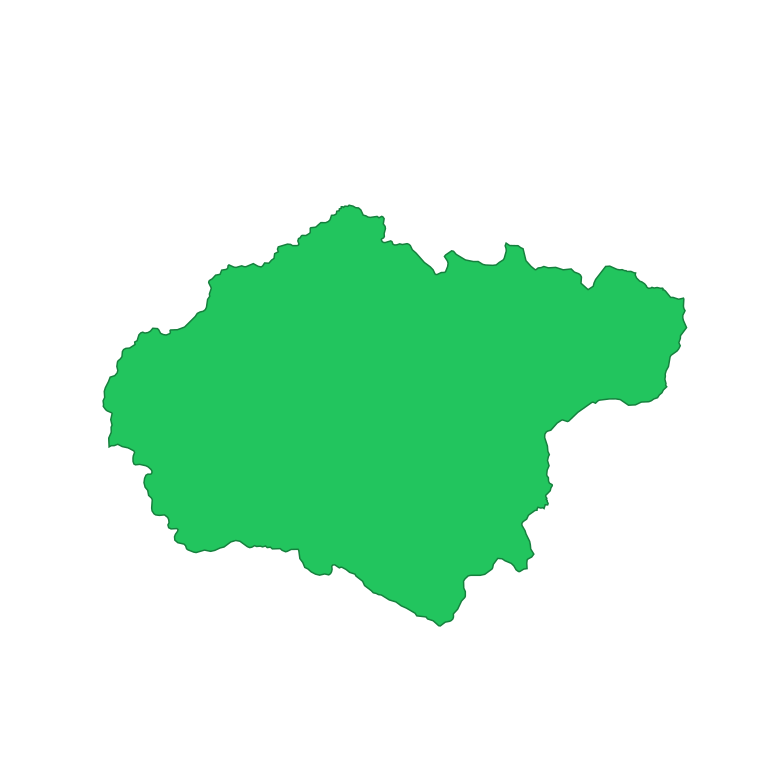 the district of Phipun, Nakhon Si Thammarat, Thailand, rotated 308°
{"feature_id": "78962969B61248323272668", "entity_name": "Phipun", "entity_type": "district", "adm_level": 2, "iso_a3": "THA", "parent_name": "Thailand", "parent_adm1": "Nakhon Si Thammarat", "projection": "albers", "projection_center": [99.622, 8.602], "detail": "fine", "context": "isolated", "style": "filled", "palette": "green", "viewbox_px": 768, "rotation_deg": 308, "n_neighbors": 0, "source": "geoboundaries", "source_scale": "gbopen_adm2", "svg_char_len": 6171}
<svg xmlns="http://www.w3.org/2000/svg" viewBox="0 0 768 768"><g transform="rotate(308 384 384)"><path d="M165.2,206.1L167.4,207.0L169.4,209.4L172.6,211.3L173.5,216.2L176.1,221.6L177.3,228.1L176.5,229.6L173.0,230.7L171.1,231.8L168.5,233.9L167.0,236.2L167.3,237.9L170.3,241.0L173.0,246.7L173.5,249.2L173.2,253.0L172.6,254.6L171.2,255.8L169.3,255.8L167.6,253.4L165.6,252.6L162.3,253.4L158.5,255.6L155.6,259.3L154.7,263.3L151.3,267.1L151.0,270.7L150.2,272.6L143.2,277.3L141.2,279.4L140.1,282.7L140.3,284.7L142.1,287.8L145.7,291.6L145.7,295.7L144.5,297.9L142.4,300.0L139.9,300.5L138.2,302.8L138.7,305.4L142.5,309.7L142.5,311.3L140.9,312.0L137.1,312.2L134.6,313.0L132.2,315.3L132.0,319.2L134.7,325.0L134.4,327.2L132.6,329.9L132.6,331.6L134.4,337.6L135.5,339.7L142.6,344.8L145.4,350.4L148.7,353.1L153.9,355.8L157.1,358.3L165.2,360.5L169.4,363.5L171.4,367.3L171.7,376.5L172.4,378.9L174.0,380.3L177.0,381.6L177.5,383.6L180.1,386.4L180.9,388.6L183.4,390.4L183.2,392.7L185.5,395.0L185.3,397.5L190.4,403.6L190.2,406.0L191.2,409.7L192.4,410.7L196.5,412.7L200.9,418.1L200.3,419.4L194.6,425.2L193.3,429.9L190.7,434.5L191.4,437.9L191.1,442.3L192.0,447.1L193.7,450.9L197.8,454.2L199.6,458.0L201.6,458.6L203.7,458.3L206.0,457.2L208.1,455.1L209.7,455.0L211.2,456.5L211.6,462.0L213.2,462.9L213.7,463.8L214.5,468.4L214.4,472.8L216.3,478.2L215.4,480.2L215.4,488.6L213.2,492.8L213.3,501.1L212.9,504.1L214.2,506.9L214.6,509.2L216.1,511.8L217.1,521.1L219.6,527.5L219.8,534.2L221.2,539.7L222.5,549.6L221.5,552.6L226.3,560.5L225.7,563.0L227.7,568.5L227.2,575.9L228.0,577.3L234.1,578.9L237.5,581.9L239.0,582.6L241.2,582.9L243.2,582.2L245.6,580.2L251.8,580.7L260.7,578.7L265.6,579.1L266.9,578.7L270.5,575.9L272.3,572.5L277.7,568.0L280.5,567.8L284.7,568.5L286.7,570.2L292.5,577.6L296.1,580.6L304.6,583.0L306.0,582.8L309.2,581.2L316.6,581.0L319.0,584.7L319.2,588.1L321.0,594.7L320.6,598.3L318.9,602.5L319.0,605.4L319.7,606.4L324.2,608.1L326.6,610.4L330.7,606.8L333.5,605.1L334.8,605.2L338.6,606.9L342.2,606.8L344.3,601.2L347.4,598.3L349.7,595.6L353.3,588.2L355.2,585.5L357.5,579.8L358.9,578.5L361.1,578.3L365.4,579.6L369.5,578.6L377.2,580.8L378.8,582.3L379.7,581.6L381.6,581.2L382.7,583.8L384.4,585.5L384.4,586.8L388.1,585.4L389.5,587.4L390.9,586.9L392.0,584.7L392.8,584.2L393.0,582.7L394.2,582.7L394.9,580.7L395.8,580.0L402.2,580.7L404.9,579.5L407.5,579.2L408.2,578.4L407.7,575.5L408.7,573.5L411.4,571.2L412.0,568.9L412.9,567.9L416.6,565.6L421.2,564.4L424.4,559.9L428.1,558.2L430.1,557.8L431.8,554.6L435.7,551.0L440.7,543.6L443.4,541.7L446.1,541.4L447.7,542.0L450.3,543.9L459.8,544.5L464.6,546.1L465.6,546.8L467.4,551.7L468.6,552.4L481.1,554.2L497.4,559.1L498.4,559.9L499.1,562.5L502.1,562.9L503.7,563.5L510.9,570.7L514.9,575.7L517.2,579.8L517.8,589.7L522.4,595.0L528.2,597.9L533.1,603.6L535.5,605.0L538.3,605.8L541.6,608.0L544.9,607.7L548.2,608.4L551.3,607.8L555.9,608.5L556.4,606.7L557.9,606.0L560.7,602.4L563.4,600.9L564.9,599.5L568.1,598.2L572.9,597.4L581.4,592.8L583.3,592.5L590.4,594.6L593.1,594.6L596.5,593.9L598.1,590.9L602.3,589.5L604.6,587.9L614.7,587.7L618.3,581.0L620.0,578.8L622.1,577.2L627.1,576.1L628.1,573.8L629.6,572.1L635.5,568.0L636.0,567.1L632.2,564.0L630.2,558.5L628.7,556.5L630.5,548.6L630.5,546.7L629.9,545.8L631.0,545.1L631.0,544.5L629.6,542.9L628.2,539.8L625.9,537.8L625.1,535.6L623.9,535.2L622.2,533.5L622.2,531.1L622.8,530.4L623.4,527.7L623.2,524.3L622.5,522.2L623.0,517.9L624.5,514.9L626.4,513.9L625.6,512.7L624.8,509.4L622.3,506.1L622.3,504.9L621.5,503.9L620.7,501.2L619.2,499.7L617.8,497.1L615.9,489.4L613.1,486.3L596.7,486.4L593.0,487.3L589.8,488.7L584.0,486.7L584.7,477.2L589.8,473.8L590.8,471.7L590.8,469.6L589.4,465.1L589.9,460.7L584.3,454.9L581.6,447.5L576.7,442.0L575.0,437.6L572.5,436.2L570.3,434.0L567.7,433.4L567.1,432.7L567.2,427.5L568.6,419.9L576.2,410.3L575.6,407.8L575.5,404.5L570.5,397.8L570.2,393.5L567.5,394.4L565.8,396.9L564.0,398.5L556.9,401.4L555.0,401.5L550.9,400.0L546.9,399.1L544.5,396.7L540.3,390.8L539.1,388.2L538.5,382.8L535.5,379.0L531.9,371.8L530.6,361.1L531.4,357.1L530.6,355.3L523.6,353.1L521.7,353.1L520.0,358.2L518.7,360.1L515.8,361.8L510.6,363.3L509.3,363.1L507.1,360.5L502.9,358.4L502.2,357.3L502.2,356.3L504.2,352.4L504.8,348.4L504.6,341.0L506.9,328.7L507.2,323.7L509.3,319.5L509.4,317.5L508.8,315.8L505.2,312.6L504.1,310.1L501.5,308.4L500.0,306.7L499.7,304.9L501.1,302.6L500.9,301.2L496.1,297.8L495.2,296.4L495.1,294.8L496.1,293.0L497.1,292.9L498.9,293.7L500.4,293.5L502.6,291.5L507.3,289.5L508.9,287.8L509.7,284.9L514.4,282.3L515.0,280.2L514.7,279.0L511.9,277.7L511.8,275.4L506.8,270.6L505.7,268.6L505.4,266.3L504.3,263.6L506.9,258.6L507.1,255.6L505.5,253.1L505.1,250.1L503.4,246.4L501.7,246.2L500.1,243.7L498.3,243.4L498.4,242.7L497.6,241.4L497.3,241.2L496.0,242.1L494.5,241.0L493.0,242.0L491.0,240.4L488.8,241.7L486.4,240.8L484.6,238.8L480.2,240.4L477.7,240.1L475.2,238.7L472.3,234.9L465.5,233.6L462.1,230.1L461.3,230.0L458.1,232.5L456.9,232.6L453.0,231.1L450.7,228.0L449.9,227.7L447.4,227.9L446.0,227.1L443.7,228.0L441.9,230.8L440.6,231.0L439.5,230.3L436.7,226.7L436.5,224.5L434.8,221.8L427.0,216.3L424.7,217.0L423.1,219.3L419.4,217.6L415.2,220.0L412.4,219.1L408.3,218.9L405.9,215.4L402.2,215.7L400.5,215.0L399.2,212.2L398.4,206.9L391.4,203.0L390.3,201.5L389.5,199.1L384.8,195.7L383.7,193.8L382.4,188.5L381.2,188.3L379.3,189.5L377.4,189.3L373.8,186.0L369.5,187.3L366.1,184.3L361.2,183.9L358.0,182.7L356.9,182.9L355.9,183.5L353.5,188.4L352.8,189.1L347.4,191.0L345.8,192.7L342.1,192.9L335.1,196.9L332.6,197.4L330.1,196.8L327.5,194.7L324.7,193.4L321.0,193.7L306.1,191.8L299.6,187.8L295.1,182.5L294.4,182.5L293.1,183.9L291.9,184.2L288.5,182.2L287.1,179.7L286.4,176.7L288.0,173.1L288.2,171.4L285.6,167.5L281.9,167.4L279.3,166.4L276.9,164.2L276.3,162.0L274.6,160.9L271.9,160.6L266.1,162.8L263.6,161.7L261.8,163.5L255.7,161.4L253.1,158.6L250.8,157.6L248.5,157.9L244.2,160.7L241.4,160.8L238.7,160.2L237.3,160.4L233.3,162.7L230.8,165.9L228.4,166.9L224.8,166.7L220.8,164.0L216.3,165.4L209.6,166.7L206.0,168.1L201.4,172.2L197.8,173.0L195.2,175.6L193.5,176.6L192.4,180.5L192.4,182.4L193.6,187.0L193.4,187.9L187.7,190.6L184.2,195.0L181.9,195.6L178.0,198.8L171.9,200.4L165.2,206.1Z" fill="#22c55e" stroke="#15803d" stroke-width="1.5"/></g></svg>